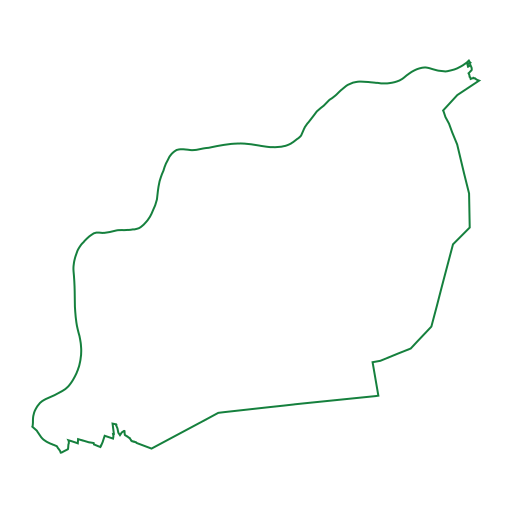 outline of Land van Cuijk, Noord-Brabant, Netherlands, rotated 274°
{"feature_id": "6326949B56936528103985", "entity_name": "Land van Cuijk", "entity_type": "district", "adm_level": 2, "iso_a3": "NLD", "parent_name": "Netherlands", "parent_adm1": "Noord-Brabant", "projection": "orthographic", "projection_center": [5.851, 51.664], "detail": "fine", "context": "isolated", "style": "outline", "palette": "green", "viewbox_px": 512, "rotation_deg": 274, "n_neighbors": 0, "source": "geoboundaries", "source_scale": "gbopen_adm2", "svg_char_len": 5728}
<svg xmlns="http://www.w3.org/2000/svg" viewBox="0 0 512 512"><g transform="rotate(274 256 256)"><path d="M94.4,50.8L91.1,48.5L89.4,47.6L87.7,46.8L86.0,46.1L84.3,45.6L82.6,45.3L80.9,45.0L79.2,44.9L77.5,44.9L74.1,45.1L72.4,45.1L70.7,45.0L70.1,44.8L66.5,49.5L65.1,50.5L64.0,51.4L62.7,52.4L60.3,54.3L59.2,55.4L58.1,56.7L57.3,58.0L56.8,58.9L56.2,59.9L55.7,61.0L55.3,62.0L54.5,64.0L54.0,65.7L53.6,66.7L53.5,67.3L52.9,69.0L52.4,70.5L52.2,70.7L50.6,71.8L49.3,73.0L47.8,74.2L46.2,74.9L46.4,75.8L47.8,78.0L50.1,81.8L51.3,82.0L54.7,82.0L55.3,82.1L55.8,82.3L56.5,82.3L56.9,82.3L57.6,82.2L58.6,82.0L59.1,81.7L58.4,84.9L57.4,88.8L56.7,91.3L60.9,91.3L59.9,95.7L60.0,95.7L58.4,102.7L58.5,102.9L58.1,107.1L56.7,107.5L56.4,108.6L56.2,109.1L55.2,112.0L54.9,113.1L54.6,114.0L55.8,114.4L55.7,114.6L59.7,116.0L62.6,116.7L66.1,117.6L63.9,126.1L65.5,126.3L66.1,126.3L66.6,126.3L67.0,126.2L68.1,125.9L68.0,126.2L68.0,126.4L68.1,126.6L68.3,126.7L78.8,124.6L78.3,128.3L78.1,128.4L77.9,128.0L74.4,129.8L70.1,131.0L67.8,132.8L68.3,133.1L70.6,134.4L70.7,134.5L72.2,136.4L72.2,136.5L72.3,136.6L72.3,136.8L72.1,136.8L71.8,137.1L71.6,137.1L71.2,137.1L70.8,137.2L69.3,137.4L68.8,137.6L68.5,137.6L68.3,137.7L68.0,138.1L67.7,138.6L67.7,138.8L67.6,139.1L67.3,139.6L67.2,139.8L67.1,140.1L66.8,140.3L66.8,140.6L66.5,141.0L66.4,141.1L65.9,141.7L65.9,141.8L65.8,142.1L65.8,142.4L65.7,142.6L65.4,142.9L64.9,143.1L64.6,143.4L64.4,143.5L64.1,143.8L63.5,144.3L63.3,144.3L63.2,144.3L63.0,144.7L62.8,144.9L62.7,145.3L62.5,145.5L62.6,145.8L62.6,146.0L62.4,146.3L62.4,146.5L62.4,146.8L62.2,146.9L62.2,147.1L62.3,147.4L62.1,147.6L62.0,148.3L62.0,148.6L61.8,149.3L61.7,149.5L61.2,149.8L56.6,165.2L90.8,219.7L96.9,229.3L98.0,235.0L106.1,279.5L108.8,294.7L110.6,304.4L110.7,304.7L112.4,314.4L124.6,385.1L124.8,386.0L125.2,387.8L158.2,379.7L160.1,387.3L168.5,404.3L174.5,416.8L181.9,422.8L197.6,435.7L198.0,435.9L218.8,439.9L236.2,443.1L244.7,444.7L281.4,451.7L299.3,467.2L333.2,464.2L353.2,457.7L381.3,448.9L393.0,443.1L401.5,439.3L407.8,435.3L412.9,433.2L414.2,432.5L430.6,445.6L446.5,466.3L447.2,464.1L448.1,462.6L448.2,462.4L448.6,462.0L448.6,461.9L448.5,461.5L448.4,461.4L448.4,461.2L448.6,461.0L448.7,460.9L448.9,460.4L448.7,460.3L448.4,459.8L448.3,459.3L447.6,457.8L449.0,457.3L449.2,457.2L449.6,456.6L451.5,456.2L452.6,455.6L453.1,455.3L453.3,455.5L454.2,456.3L454.9,456.8L456.0,457.8L456.2,458.0L456.4,458.1L457.4,458.2L458.9,457.9L461.4,456.6L460.4,455.4L459.7,454.6L459.6,454.3L461.8,453.6L462.8,455.0L462.9,454.9L463.8,456.3L464.2,455.8L465.8,454.7L463.7,452.8L462.0,450.7L460.7,449.1L459.6,447.5L458.0,444.9L457.1,443.4L456.4,441.9L455.9,440.8L454.8,437.6L453.7,434.0L453.5,433.0L453.4,432.5L453.3,432.1L453.4,430.5L453.5,427.9L453.6,425.1L453.8,423.7L454.1,422.2L454.7,419.2L455.4,416.2L455.7,414.5L455.9,412.3L455.8,410.9L455.6,409.7L455.4,408.6L454.5,405.8L453.8,404.1L453.4,403.2L452.8,402.1L452.0,400.7L450.9,399.0L450.6,398.5L448.3,395.6L447.6,394.8L446.8,393.8L444.2,391.1L442.9,389.6L441.1,386.9L440.0,384.5L439.1,382.2L438.4,379.8L437.8,377.2L437.3,374.7L437.1,371.6L437.0,370.0L436.9,368.8L437.2,365.2L437.1,363.3L437.2,362.2L437.3,358.0L437.4,356.0L437.3,348.9L437.3,348.1L437.1,346.3L437.0,345.6L436.5,343.5L436.1,342.1L435.7,340.6L435.5,340.3L434.8,338.9L433.2,335.8L432.5,334.8L432.2,334.4L431.2,333.3L427.3,329.2L425.7,327.7L422.5,324.9L421.5,323.9L420.4,322.7L418.7,320.8L417.9,319.7L417.4,319.0L416.6,318.1L415.3,317.0L410.7,313.1L408.1,310.2L405.7,307.8L404.6,306.7L404.2,306.4L398.8,302.9L392.7,298.8L391.9,298.1L391.4,297.8L387.9,295.7L387.5,295.6L386.1,295.0L384.6,294.5L379.6,292.7L379.2,292.5L378.2,291.8L378.1,291.6L377.2,290.8L376.4,290.0L375.6,288.9L372.9,285.9L372.2,285.1L371.2,283.7L370.6,283.0L369.4,280.9L368.4,278.8L367.8,277.3L367.6,276.4L366.8,273.7L366.6,272.4L366.2,269.7L365.9,267.7L365.8,266.0L365.7,264.2L365.6,262.4L365.7,260.0L365.8,258.3L366.2,253.1L366.4,251.5L366.8,246.8L367.1,243.4L367.2,240.0L367.3,236.6L367.2,233.2L366.9,229.8L366.5,226.4L366.1,223.5L365.3,219.6L364.6,216.2L363.4,211.3L362.9,209.3L361.2,203.2L361.0,202.6L360.8,201.8L360.6,201.1L360.2,198.6L359.6,195.9L358.1,190.5L357.7,189.0L357.3,186.3L357.1,184.8L357.1,183.4L357.3,180.4L357.3,179.5L357.4,176.2L357.3,174.5L357.2,173.2L356.9,171.6L356.3,169.7L356.2,169.3L355.5,168.5L354.8,167.5L353.7,166.3L352.1,164.8L350.8,163.9L349.3,162.9L348.7,162.6L345.3,161.2L341.9,159.7L338.4,158.6L335.5,157.9L334.9,157.8L333.2,157.2L331.2,156.5L328.4,155.7L324.7,154.8L323.8,154.6L318.3,153.9L314.1,153.6L307.1,153.3L305.4,153.2L300.0,152.0L298.4,151.5L296.8,150.9L290.8,148.8L289.2,148.1L287.8,147.5L284.0,145.3L282.0,143.8L280.0,142.2L279.6,141.9L278.3,140.6L276.8,139.0L275.6,137.3L274.9,135.5L274.2,133.4L274.1,133.1L274.0,131.9L273.9,131.0L273.7,130.4L273.3,128.5L273.2,127.8L273.1,126.5L272.6,122.7L272.5,120.2L272.2,117.2L272.0,115.9L271.7,114.8L269.7,108.4L268.5,103.1L268.3,101.0L268.4,98.1L268.2,95.1L267.8,94.0L267.3,92.6L265.7,90.5L264.0,88.4L261.5,86.0L259.3,84.1L258.8,83.7L258.0,83.2L256.3,81.7L255.1,80.8L252.9,79.5L252.0,79.0L250.4,78.2L249.7,77.9L248.7,77.5L243.6,76.1L242.0,75.7L240.3,75.4L238.6,75.1L236.9,74.9L235.2,74.8L233.5,74.7L231.8,74.7L230.1,74.8L228.4,75.0L223.3,75.8L218.2,76.5L213.1,77.1L208.0,77.6L196.1,78.6L192.7,78.9L187.6,79.6L182.5,80.4L177.4,81.4L174.0,82.2L170.6,83.2L167.2,84.3L165.5,84.9L163.8,85.5L160.4,86.4L158.7,86.8L157.0,87.2L155.3,87.5L151.9,88.0L150.2,88.2L148.5,88.3L145.1,88.4L143.4,88.3L140.0,88.1L138.3,87.9L134.9,87.4L133.3,87.1L131.6,86.6L129.9,86.2L128.2,85.6L126.5,85.1L124.8,84.4L123.1,83.7L121.4,82.9L119.7,82.1L118.0,81.2L116.3,80.2L114.6,79.1L112.9,77.9L111.3,76.4L109.9,75.0L107.9,72.3L103.1,64.7L101.4,61.5L98.6,56.2L97.5,54.5L96.3,52.8L94.4,50.8Z" fill="none" stroke="#15803d" stroke-width="2"/></g></svg>